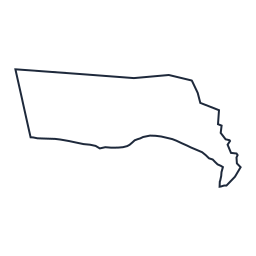 Faysal, As Suways, Egypt
{"feature_id": "37247803B30609980444918", "entity_name": "Faysal", "entity_type": "district", "adm_level": 2, "iso_a3": "EGY", "parent_name": "Egypt", "parent_adm1": "As Suways", "projection": "robinson", "projection_center": [32.277, 30.117], "detail": "fine", "context": "isolated", "style": "outline", "palette": "slate", "viewbox_px": 256, "rotation_deg": 0, "n_neighbors": 0, "source": "geoboundaries", "source_scale": "gbopen_adm2", "svg_char_len": 1124}
<svg xmlns="http://www.w3.org/2000/svg" viewBox="0 0 256 256"><path d="M240.6,167.2L236.9,163.4L236.5,157.5L237.6,155.1L236.5,153.5L231.0,152.9L227.6,144.7L230.0,141.0L229.5,140.2L225.6,139.3L220.7,132.9L221.6,125.6L218.0,124.2L219.0,110.2L200.3,102.9L197.7,92.9L192.1,81.1L191.8,80.6L191.3,80.4L170.1,75.3L168.8,75.0L154.1,76.3L133.9,78.1L83.7,74.3L70.1,73.3L15.5,69.3L15.4,69.3L22.1,99.2L22.5,101.1L24.7,111.0L28.8,129.4L30.6,137.3L33.0,137.4L37.5,138.3L42.7,138.5L48.9,138.7L55.1,138.9L60.1,139.5L64.2,140.2L69.3,141.1L76.8,142.7L83.6,144.1L90.0,144.7L95.6,145.9L99.8,148.4L105.3,147.2L111.5,147.7L118.1,147.6L122.9,147.2L127.2,146.1L129.6,144.8L132.3,142.5L134.7,140.3L137.6,139.2L140.2,138.4L143.1,137.0L150.0,135.6L155.6,135.8L161.2,136.5L167.2,137.9L172.3,139.1L176.4,140.7L181.7,143.2L187.1,145.6L191.0,147.5L196.0,149.6L202.1,152.2L205.7,155.1L209.0,158.3L212.7,159.5L215.0,161.9L217.6,164.4L220.8,165.8L222.9,167.1L221.5,172.1L221.2,176.0L220.2,180.6L219.8,181.6L219.6,186.7L220.9,186.5L224.2,185.5L226.5,185.5L232.3,179.5L234.9,176.8L235.7,175.5L240.6,167.2Z" fill="none" stroke="#1e293b" stroke-width="2"/></svg>